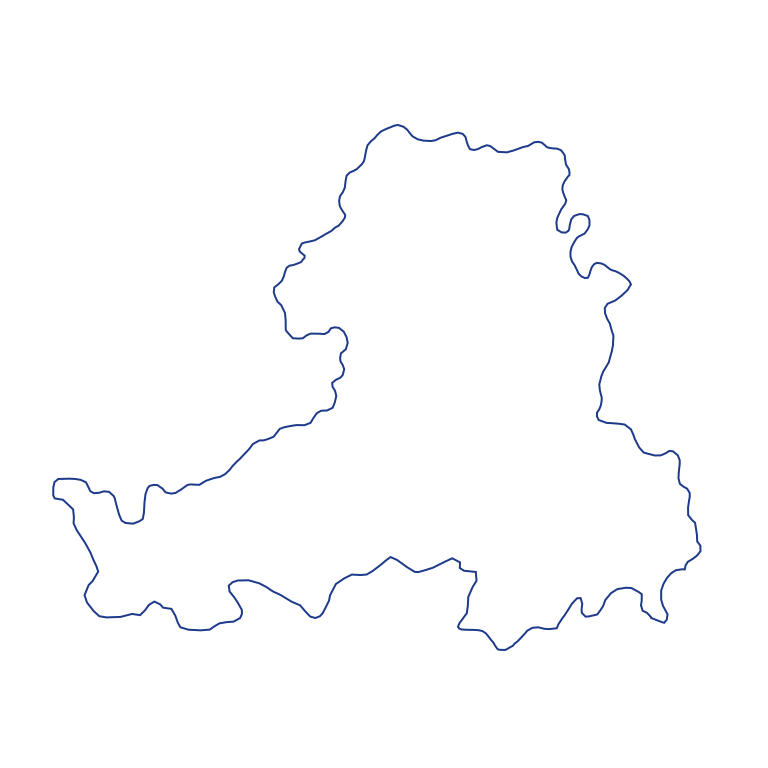 outline of Chashniki, Vitebsk, Belarus, rotated 3°
{"feature_id": "67162791B63587233546026", "entity_name": "Chashniki", "entity_type": "district", "adm_level": 2, "iso_a3": "BLR", "parent_name": "Belarus", "parent_adm1": "Vitebsk", "projection": "mercator", "projection_center": [29.143, 54.768], "detail": "fine", "context": "isolated", "style": "outline", "palette": "blue", "viewbox_px": 768, "rotation_deg": 3, "n_neighbors": 0, "source": "geoboundaries", "source_scale": "gbopen_adm2", "svg_char_len": 6117}
<svg xmlns="http://www.w3.org/2000/svg" viewBox="0 0 768 768"><g transform="rotate(3 384 384)"><path d="M384.4,124.6L384.1,124.6L380.8,125.5L372.6,129.3L368.0,131.8L364.4,135.5L361.5,139.3L358.2,142.3L355.0,146.6L353.9,151.9L353.3,156.4L352.8,160.2L352.2,162.8L350.4,165.7L345.5,170.9L342.3,172.9L338.9,174.5L335.8,177.8L335.1,182.4L334.8,186.8L334.5,190.3L332.9,194.5L330.2,198.8L329.6,203.3L330.3,207.7L331.3,210.1L333.8,213.7L336.4,217.2L336.3,219.7L334.2,223.5L330.4,228.3L326.9,230.4L323.4,233.9L317.4,237.7L312.7,240.8L307.4,244.1L302.0,245.7L297.0,247.0L294.5,248.1L292.1,253.8L292.9,256.1L295.5,258.1L298.0,259.9L298.0,262.3L296.6,263.9L294.8,266.6L290.9,268.4L287.3,269.9L283.4,270.8L280.8,272.9L279.3,277.1L278.4,281.6L276.6,286.3L273.0,290.2L269.4,293.2L269.1,298.3L270.9,302.8L273.3,307.3L277.2,310.6L279.0,313.9L281.4,318.3L282.5,325.8L282.8,331.2L283.1,335.4L286.1,338.7L290.6,343.1L296.6,343.1L300.5,342.6L304.4,339.3L308.3,337.5L316.9,337.2L322.0,337.2L325.9,334.8L328.0,331.2L331.6,330.0L336.1,330.3L341.1,333.9L344.1,339.0L345.6,344.9L344.1,351.2L339.4,355.7L338.8,360.5L339.4,363.8L341.7,367.1L343.5,371.3L342.3,377.2L340.2,379.9L335.8,382.3L332.2,385.6L332.8,389.5L335.5,393.4L337.0,398.5L335.8,405.0L334.0,410.4L328.6,413.4L322.6,414.0L318.4,416.7L315.4,421.5L312.7,426.6L306.8,429.3L298.7,429.6L292.1,431.0L286.4,432.5L282.2,434.3L279.3,438.5L276.6,442.4L270.9,445.1L266.7,446.6L262.5,446.9L256.2,450.8L252.4,456.5L247.0,462.7L244.0,466.3L241.0,469.3L237.1,473.8L234.4,477.7L230.2,482.2L225.4,485.2L220.7,486.4L217.1,487.6L211.4,489.9L208.7,491.7L204.8,494.4L200.3,494.4L196.1,494.4L193.2,495.0L190.5,497.1L187.2,499.8L181.5,503.7L177.3,504.6L171.6,503.7L168.3,500.1L163.0,496.8L159.4,496.8L155.2,498.0L153.4,500.4L151.6,506.4L151.0,514.8L151.0,520.4L151.0,525.2L150.1,531.5L146.8,533.9L140.8,536.6L133.1,536.3L129.2,534.2L126.5,528.8L124.4,522.8L122.3,516.3L121.1,512.1L119.9,510.0L115.1,506.1L110.0,505.8L105.0,507.6L99.9,508.2L96.3,506.4L93.9,501.9L91.5,497.7L86.1,495.6L80.7,495.0L75.1,495.0L63.7,495.9L60.1,499.2L59.2,504.6L59.5,512.4L61.2,515.5L69.4,516.4L75.0,521.1L80.1,525.5L81.3,533.1L81.3,539.4L84.9,546.2L93.7,558.1L99.6,567.6L103.2,575.2L106.4,581.1L108.4,586.3L103.2,596.2L99.6,600.2L96.0,610.5L98.8,617.7L106.0,626.0L111.9,630.8L119.1,631.6L133.0,630.4L144.5,626.8L152.5,627.6L157.2,622.5L160.8,616.9L166.0,613.3L171.9,615.7L175.1,618.9L183.5,619.7L187.8,626.4L190.6,633.2L193.4,637.6L201.7,639.6L213.7,639.6L222.8,638.4L228.0,634.4L232.3,631.6L237.3,630.5L239.5,630.0L246.2,629.2L252.6,625.2L254.2,620.9L253.8,616.9L249.0,609.4L245.4,604.6L240.7,599.4L239.5,593.5L243.1,589.9L248.2,587.9L259.0,587.1L269.7,589.5L276.8,592.7L284.0,597.0L291.1,599.8L303.1,606.2L311.8,609.4L317.4,615.3L322.5,620.1L327.7,621.3L332.1,619.3L334.8,616.1L337.6,609.8L340.4,603.4L341.2,597.8L346.4,586.3L354.7,580.0L361.9,576.0L370.6,576.0L376.6,575.2L382.1,571.6L389.7,565.2L395.6,559.7L399.6,556.5L406.0,558.9L417.1,566.0L424.6,570.0L428.2,570.0L434.2,568.0L442.5,564.9L448.1,561.7L455.2,557.7L461.3,554.5L469.3,558.2L469.3,563.8L473.7,566.3L485.5,566.9L486.7,575.6L483.0,582.4L479.3,592.3L479.3,601.0L478.7,608.5L471.8,619.0L470.6,622.6L472.1,624.4L474.4,625.1L480.3,625.1L485.1,624.9L491.4,624.9L495.3,625.6L498.8,627.7L501.4,630.5L503.9,633.5L507.0,636.8L508.7,639.6L510.8,642.2L512.0,643.2L514.6,643.4L519.2,643.2L524.0,640.1L526.5,638.6L527.8,636.6L530.9,634.0L538.3,625.2L539.9,622.9L545.0,619.7L551.0,618.9L557.0,620.1L561.7,620.1L569.3,618.9L570.9,614.5L574.4,608.6L576.0,606.2L580.0,599.4L583.2,593.5L588.0,587.9L591.5,587.5L593.5,593.1L593.1,598.2L593.5,602.2L597.5,605.8L600.7,605.4L609.0,603.0L612.2,598.2L614.6,593.9L616.2,588.3L621.7,580.9L627.8,576.6L636.1,574.8L641.7,574.8L649.1,578.3L652.4,580.4L652.7,587.0L652.2,591.6L654.2,596.9L658.8,598.9L662.8,602.8L663.0,603.6L673.7,607.2L676.3,607.8L678.7,604.6L679.2,599.1L674.2,590.9L672.1,584.9L671.6,575.7L673.7,568.6L676.8,562.8L680.5,558.1L685.2,554.7L691.5,553.4L694.1,553.4L694.6,549.5L696.7,545.7L701.7,542.3L705.7,538.8L708.8,534.4L708.4,528.9L705.0,524.8L704.4,518.3L703.2,512.4L701.9,506.3L698.6,503.6L694.6,499.0L694.1,491.5L694.6,486.0L695.2,480.6L695.0,476.8L692.1,472.6L688.5,470.9L684.7,468.2L683.0,462.7L683.0,458.4L683.1,454.4L683.5,448.5L683.3,444.7L681.2,439.9L676.1,436.1L672.4,435.9L668.4,438.7L664.0,440.8L658.1,441.2L651.6,439.9L647.0,438.9L642.2,434.1L637.6,426.3L635.5,421.3L633.0,416.4L626.5,411.9L620.6,411.4L613.7,411.2L608.3,411.2L600.3,408.7L598.4,405.3L598.2,401.6L600.3,398.0L601.6,394.2L602.2,389.9L602.2,386.3L600.7,381.7L599.9,378.8L599.0,373.3L600.7,364.7L602.4,359.9L604.1,356.7L607.4,350.5L608.3,345.9L609.7,340.0L610.6,333.5L610.6,327.9L610.6,323.9L607.9,316.7L606.4,311.9L603.4,307.1L601.1,301.9L600.5,296.6L603.0,292.2L610.6,288.5L616.8,283.2L622.5,277.2L624.8,272.5L625.4,271.8L625.0,270.9L623.7,268.6L621.3,266.3L619.0,264.4L616.5,262.7L612.3,260.5L609.1,259.2L605.6,258.4L603.4,257.4L600.2,255.1L597.7,253.3L594.4,252.2L590.3,251.9L587.6,253.3L585.4,256.5L584.3,260.0L583.4,263.9L582.1,267.2L579.1,267.7L575.3,266.1L572.5,263.6L570.7,260.0L569.1,257.2L567.9,255.1L565.7,252.3L565.1,251.1L563.6,247.2L563.3,242.4L564.2,237.3L566.6,232.2L569.0,228.0L570.8,226.5L576.4,223.3L579.4,218.8L580.9,214.9L580.6,209.5L578.8,205.6L573.7,204.1L570.2,204.1L565.1,206.2L562.4,209.8L561.2,215.5L560.9,219.4L560.3,221.2L557.6,223.3L553.4,223.3L548.9,220.9L547.7,214.0L548.3,209.2L550.4,203.8L551.9,200.2L555.5,194.6L556.4,191.0L554.2,186.5L552.8,183.3L551.9,180.0L552.1,176.2L553.8,172.0L556.7,167.4L558.2,165.7L558.2,163.0L557.4,159.8L554.2,155.2L553.0,149.6L552.5,146.2L550.5,143.5L548.4,141.2L544.4,139.9L540.8,139.9L537.5,139.7L534.3,138.9L532.0,137.0L528.9,134.7L525.5,134.1L521.5,134.7L519.5,136.0L515.5,138.7L510.2,140.2L506.0,142.0L501.0,144.1L494.7,146.2L485.7,146.2L480.5,142.7L477.6,140.8L474.2,140.2L469.2,142.3L465.2,144.6L461.6,145.6L457.6,145.0L455.4,141.4L453.9,137.6L452.4,133.0L449.5,130.1L444.5,129.1L439.2,130.7L427.7,135.1L422.9,137.8L418.3,138.9L410.7,138.9L404.7,137.8L399.4,135.1L395.9,131.2L393.8,128.8L390.0,126.1L384.4,124.6Z" fill="none" stroke="#1e3a8a" stroke-width="2"/></g></svg>